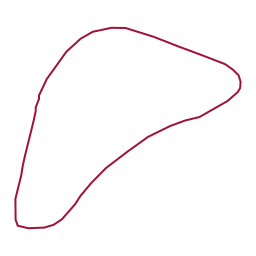 Satawal, Federated States of Micronesia
{"feature_id": "79324940B29452408429398", "entity_name": "Satawal", "entity_type": "district", "adm_level": 2, "iso_a3": "FSM", "parent_name": "Federated States of Micronesia", "parent_adm1": "", "projection": "robinson", "projection_center": [147.031, 7.38], "detail": "fine", "context": "isolated", "style": "outline", "palette": "rose", "viewbox_px": 256, "rotation_deg": 0, "n_neighbors": 0, "source": "geoboundaries", "source_scale": "gbopen_adm2", "svg_char_len": 601}
<svg xmlns="http://www.w3.org/2000/svg" viewBox="0 0 256 256"><path d="M106.0,168.0L127.5,151.6L148.0,136.9L170.1,126.0L185.1,120.5L199.5,117.0L227.7,100.9L237.8,92.0L240.1,88.0L240.6,81.9L238.6,75.3L233.0,69.8L225.4,64.3L203.3,55.7L177.7,46.2L153.4,36.7L125.5,28.0L111.3,27.8L92.7,31.8L80.6,38.7L66.4,51.7L55.5,66.9L46.8,79.0L39.0,95.4L39.0,98.9L35.7,107.5L35.7,111.3L33.2,122.6L25.0,155.7L22.9,165.1L21.2,175.6L16.5,194.3L15.4,199.0L15.6,219.6L17.7,225.7L28.3,228.2L44.3,227.6L53.6,224.8L61.9,219.3L75.0,204.3L80.7,195.6L91.1,183.2L106.0,168.0Z" fill="none" stroke="#9f1239" stroke-width="2"/></svg>